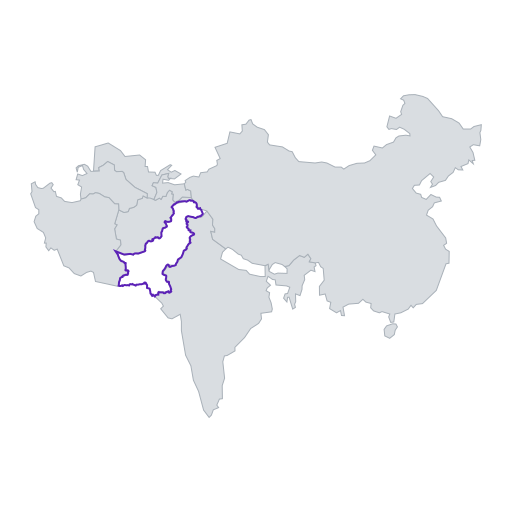 Pakistan and the surrounding countries
{"feature_id": "PAK", "entity_name": "Pakistan", "entity_type": "country or territory", "adm_level": 0, "iso_a3": "PAK", "parent_name": "Asia", "parent_adm1": "", "projection": "equal_earth", "projection_center": [69.806, 30.395], "detail": "fine", "context": "with_neighbors", "style": "outline", "palette": "violet", "viewbox_px": 512, "rotation_deg": 0, "n_neighbors": 7, "source": "natural_earth", "source_scale": "50m", "svg_char_len": 13412}
<svg xmlns="http://www.w3.org/2000/svg" viewBox="0 0 512 512"><path d="M93.5,171.1L95.1,146.8L108.2,143.0L120.5,150.6L125.0,156.5L139.6,155.0L145.6,159.8L145.1,166.5L147.5,166.5L148.5,172.0L155.0,172.2L156.4,175.4L158.3,175.4L160.6,170.6L170.2,164.7L171.7,165.3L167.5,169.7L171.2,172.2L174.9,170.5L181.0,174.0L174.5,178.9L168.4,178.4L167.7,176.5L168.7,173.4L161.9,175.0L157.7,183.1L153.4,182.7L152.1,185.7L155.9,187.4L156.9,192.5L153.9,199.5L147.1,198.0L147.3,193.7L135.0,187.4L126.0,179.5L123.7,172.6L122.1,171.4L116.5,171.7L114.6,170.3L114.3,165.0L107.7,161.5L103.2,165.3L98.7,167.6L99.3,171.0L93.5,171.1Z" fill="#d9dde1" stroke="#a8b0b8" stroke-width="1"/><path d="M315.3,262.9L316.0,265.7L314.1,267.0L315.0,271.6L310.9,270.2L304.2,275.3L304.7,279.6L302.1,285.8L302.0,289.4L300.0,295.6L295.5,293.9L295.7,301.6L294.6,304.2L295.4,307.4L292.7,309.1L289.1,297.2L287.6,297.3L286.9,302.0L283.6,298.2L285.1,293.9L287.6,293.5L289.8,287.2L286.5,285.9L276.0,285.0L275.2,279.8L272.6,279.5L268.0,276.3L266.3,281.3L270.5,285.2L267.2,288.0L266.1,290.7L269.6,292.7L268.9,297.2L271.1,302.8L272.3,309.0L271.6,311.8L260.9,313.3L261.5,318.9L258.6,323.4L250.7,328.5L244.6,337.5L234.9,347.3L235.0,350.9L227.1,355.5L224.4,355.9L222.8,361.8L224.6,378.2L222.2,385.6L222.4,398.7L219.4,399.1L216.8,405.1L218.6,407.6L213.3,409.8L211.4,415.1L209.1,417.4L203.6,410.1L198.6,391.4L193.4,380.2L190.9,365.8L185.6,355.2L181.4,330.6L181.4,321.4L180.2,314.3L172.0,318.8L168.1,317.9L160.7,308.8L163.4,306.1L161.8,303.1L155.2,296.8L159.0,291.8L171.2,291.8L170.1,285.4L167.0,281.6L166.3,275.9L162.7,272.6L168.8,264.9L175.2,265.5L180.8,257.8L184.2,250.4L189.3,243.1L189.2,238.0L193.7,233.8L189.3,230.3L185.3,219.3L187.9,216.2L196.0,217.9L201.9,216.9L206.9,211.0L212.9,219.2L212.5,225.0L214.8,228.7L214.7,232.3L210.8,231.4L212.6,239.3L225.8,248.9L222.5,252.2L220.6,259.0L238.7,269.5L246.2,270.4L249.6,274.2L260.6,276.6L265.2,276.5L265.0,265.7L268.2,264.2L269.2,271.4L274.4,274.2L277.8,273.1L287.0,273.4L287.1,268.8L284.7,266.5L289.0,265.6L293.6,260.1L299.6,255.5L304.3,257.3L307.9,254.2L310.9,258.7L309.3,261.8L315.3,262.9Z" fill="#d9dde1" stroke="#a8b0b8" stroke-width="1"/><path d="M147.1,198.0L150.0,198.0L155.5,200.3L159.4,198.1L161.1,199.4L162.8,196.3L165.9,196.4L167.3,192.6L169.5,190.2L172.4,191.8L171.8,193.9L173.4,194.2L172.9,200.0L175.0,202.3L179.2,200.1L182.4,197.0L191.4,197.6L192.4,199.5L175.1,203.9L172.0,206.9L173.9,213.4L171.3,216.3L171.5,219.0L170.1,221.6L165.0,221.4L167.1,226.1L163.7,227.9L161.4,232.2L161.7,236.5L159.6,238.5L157.6,237.8L153.4,238.8L152.8,240.8L148.8,240.8L145.7,244.9L145.5,251.0L138.3,254.1L134.6,253.4L133.4,255.0L130.2,254.1L124.7,255.2L115.7,251.5L120.8,244.9L120.5,240.2L116.4,239.0L114.6,228.8L117.0,224.9L114.7,223.8L118.8,209.9L124.1,212.5L128.2,211.6L129.4,208.4L133.6,207.4L136.6,205.3L137.8,199.7L142.2,198.4L143.1,195.9L147.1,198.0Z" fill="#d9dde1" stroke="#a8b0b8" stroke-width="1"/><path d="M153.9,199.5L156.9,192.5L155.9,187.4L152.1,185.7L153.4,182.7L157.7,183.1L161.9,175.0L168.7,173.4L167.7,176.5L168.4,178.4L170.5,178.2L168.7,180.3L163.0,179.2L162.6,183.1L168.2,182.6L174.6,184.8L184.3,183.8L185.8,190.1L187.5,189.4L190.7,191.0L191.4,197.6L182.4,197.0L179.2,200.1L175.0,202.3L172.9,200.0L173.4,194.2L171.8,193.9L172.4,191.8L169.5,190.2L167.3,192.6L165.9,196.4L162.8,196.3L161.1,199.4L159.4,198.1L155.5,200.3L153.9,199.5Z" fill="#d9dde1" stroke="#a8b0b8" stroke-width="1"/><path d="M76.1,167.9L78.5,165.7L84.4,164.3L87.7,166.2L90.9,171.4L99.3,171.0L98.7,167.6L103.2,165.3L107.7,161.5L114.3,165.0L114.6,170.3L116.5,171.7L122.1,171.4L123.7,172.6L126.0,179.5L135.0,187.4L147.3,193.7L147.1,198.0L143.1,195.9L142.2,198.4L137.8,199.7L136.6,205.3L133.6,207.4L129.4,208.4L128.2,211.6L124.1,212.5L118.8,209.9L118.6,204.0L114.7,203.8L108.9,197.6L104.8,196.9L99.2,193.4L95.5,192.7L93.1,194.0L89.7,193.8L85.7,197.8L81.0,199.1L80.4,194.2L81.6,187.0L77.8,184.7L79.5,180.1L76.1,179.7L77.7,174.0L82.4,175.6L87.0,173.5L83.6,169.4L82.5,165.6L78.2,167.3L77.3,172.2L76.1,167.9Z" fill="#d9dde1" stroke="#a8b0b8" stroke-width="1"/><path d="M48.7,250.7L45.9,246.9L46.2,243.1L44.4,243.1L45.7,237.9L43.4,232.4L37.2,228.5L34.1,221.7L35.8,216.2L38.8,213.8L38.8,209.7L35.5,207.6L30.7,193.8L32.0,191.6L31.3,183.8L35.1,181.8L35.6,184.4L37.8,187.6L41.3,188.5L43.2,188.3L49.9,183.2L51.8,182.7L53.2,184.7L51.0,188.1L53.9,191.7L55.3,191.4L56.5,196.4L61.3,197.9L64.6,201.4L72.0,202.6L80.4,200.7L81.0,199.1L85.7,197.8L89.7,193.8L93.1,194.0L95.5,192.7L99.2,193.4L104.8,196.9L108.9,197.6L114.7,203.8L118.6,204.0L118.8,209.9L114.7,223.8L117.0,224.9L114.6,228.8L116.4,239.0L120.5,240.2L120.8,244.9L115.7,251.5L120.3,259.7L125.5,262.9L125.5,269.4L128.1,270.6L128.5,274.0L120.4,277.8L118.2,286.4L95.5,281.5L93.5,272.4L90.9,271.1L86.6,272.4L80.9,276.0L74.3,273.6L69.0,267.9L63.8,265.8L57.2,249.1L54.2,250.3L50.9,247.9L48.7,250.7Z" fill="#d9dde1" stroke="#a8b0b8" stroke-width="1"/><path d="M389.7,338.3L384.8,335.9L384.1,329.4L386.6,325.9L392.6,323.8L395.9,324.0L397.4,326.9L395.2,330.2L394.3,334.6L389.7,338.3ZM217.4,164.1L216.8,160.4L220.2,158.6L215.0,147.3L227.2,143.3L229.9,131.9L239.8,133.9L242.3,131.1L241.9,124.8L245.9,124.2L249.1,120.1L251.0,119.6L252.7,123.9L257.2,127.2L264.4,129.6L268.4,134.7L267.4,142.1L269.6,144.9L282.4,146.9L289.0,151.0L292.2,151.7L295.3,157.7L298.8,161.6L315.1,163.0L321.7,162.0L326.9,163.0L335.1,167.1L341.2,167.1L343.8,169.1L349.1,165.6L356.9,163.3L364.5,163.0L369.9,160.7L375.8,154.9L372.4,150.3L374.0,146.1L382.4,148.0L386.5,144.6L393.5,142.1L396.0,137.8L398.9,136.0L405.9,135.2L410.0,135.9L409.8,133.6L404.1,129.2L399.6,127.2L396.5,129.5L391.4,128.6L388.9,129.4L386.9,126.8L389.6,116.0L396.0,118.3L401.6,114.4L400.7,111.7L402.9,105.3L404.9,103.4L403.7,100.2L400.6,98.8L403.5,95.8L408.9,94.8L415.0,94.6L422.7,96.4L427.6,98.5L438.6,110.8L442.6,116.7L451.7,118.7L459.1,123.1L463.2,129.0L470.7,129.0L474.0,126.5L481.3,124.7L480.9,130.3L479.9,132.6L480.8,139.6L479.7,145.8L473.3,144.7L469.8,147.0L473.0,152.5L474.8,160.3L472.2,160.5L473.3,163.8L468.8,159.9L468.0,163.6L461.0,166.5L462.8,170.0L458.3,169.8L455.3,167.7L453.1,172.4L448.4,176.0L445.4,180.4L438.7,182.3L435.6,185.5L430.5,187.4L432.5,184.2L430.8,181.6L433.7,177.0L430.1,173.5L421.6,180.6L419.4,185.0L414.4,185.3L412.4,188.5L416.2,193.1L420.7,194.3L421.6,197.4L426.2,199.4L430.9,194.5L436.2,197.1L439.6,197.3L441.3,201.0L434.3,202.9L432.6,206.7L428.2,210.2L426.5,215.1L433.0,219.0L436.5,225.9L445.7,238.0L446.6,243.3L443.6,245.3L445.6,249.2L449.2,251.4L449.0,263.2L446.0,263.8L436.3,290.4L422.5,303.6L416.3,304.4L413.2,307.8L411.0,305.3L408.2,309.1L400.8,312.8L394.9,314.0L393.8,322.0L390.7,322.4L388.7,316.9L389.8,314.0L382.0,311.6L379.4,312.8L373.6,310.9L370.7,307.8L371.1,303.5L365.9,302.1L362.9,299.3L358.5,303.3L348.7,304.1L343.0,307.1L344.5,315.7L341.5,315.5L340.5,310.6L336.5,312.8L329.6,308.6L330.8,302.3L327.1,300.9L325.2,294.0L319.5,295.2L319.4,286.4L324.2,280.2L323.2,268.4L320.7,266.7L318.5,262.4L315.3,262.9L309.3,261.8L310.9,258.7L307.9,254.2L304.3,257.3L299.6,255.5L293.6,260.1L289.0,265.6L284.7,266.5L282.1,264.5L275.2,262.6L272.3,264.5L269.0,270.0L268.2,264.2L265.0,265.7L252.2,263.3L247.6,260.1L243.3,258.7L241.3,255.2L238.2,254.1L232.5,249.4L228.0,247.2L225.8,248.9L212.6,239.3L210.8,231.4L214.7,232.3L214.8,228.7L212.5,225.0L212.9,219.2L206.9,211.0L198.1,208.1L196.4,202.8L192.4,199.5L191.4,197.6L190.7,191.0L187.5,189.4L185.8,190.1L184.3,183.8L185.8,182.2L185.1,180.6L189.9,177.4L193.4,176.1L198.9,177.0L200.7,172.7L207.2,171.9L208.9,169.2L216.8,165.6L217.4,164.1Z" fill="#d9dde1" stroke="#a8b0b8" stroke-width="1"/><path d="M201.2,209.8L202.8,213.7L202.5,214.5L202.0,214.9L201.4,215.2L201.3,215.3L201.2,215.5L201.0,216.0L200.4,216.3L200.0,216.3L199.7,216.2L198.2,216.8L197.5,216.8L197.0,217.2L196.6,217.6L195.8,218.0L195.2,218.0L194.4,217.7L193.4,217.3L193.0,217.0L192.6,217.0L191.7,216.9L189.8,216.5L188.2,216.1L186.4,216.9L185.9,218.1L185.7,218.5L185.6,218.8L185.7,219.2L186.3,219.5L186.5,219.8L186.6,220.2L186.2,220.8L186.2,221.0L186.3,221.2L186.4,221.4L187.3,221.5L187.8,221.5L188.0,221.6L188.1,221.9L187.9,222.3L187.1,222.7L186.7,223.0L186.6,223.5L186.6,223.9L186.8,224.1L187.5,224.7L187.6,225.0L187.5,225.4L187.4,225.9L186.8,226.9L186.7,227.0L186.8,227.3L187.5,228.1L188.0,228.5L188.3,228.6L188.5,228.7L188.6,229.1L188.6,229.6L188.5,230.0L188.8,230.3L189.4,230.3L190.0,230.4L190.4,230.4L190.3,231.4L190.4,232.1L190.6,232.2L191.1,232.5L192.2,232.5L193.5,233.1L193.9,233.5L194.1,233.8L194.1,234.2L193.7,234.8L192.7,235.1L190.9,236.1L190.4,236.6L190.0,237.1L189.8,237.5L189.7,237.8L190.1,239.2L190.2,239.6L189.8,241.6L190.0,242.0L190.3,242.2L190.5,242.7L189.8,243.3L189.1,243.7L188.9,243.7L188.2,244.6L187.1,246.5L186.6,247.1L186.5,247.7L186.7,248.2L186.8,248.6L186.5,249.0L186.1,249.5L185.3,250.0L184.3,250.4L183.8,250.7L183.0,253.5L182.5,254.8L181.5,256.9L181.3,257.3L178.2,259.3L177.9,259.7L177.3,261.7L177.1,262.3L176.1,263.5L175.8,264.5L175.7,265.1L173.9,265.8L172.5,265.9L171.9,266.1L170.2,266.9L169.8,266.9L169.4,266.8L169.2,266.5L169.0,266.0L168.8,265.3L168.5,264.9L168.1,264.6L167.6,264.6L167.1,265.0L166.7,265.3L166.2,265.9L165.7,267.1L164.8,268.7L163.9,269.9L163.3,270.5L163.0,270.9L162.8,271.3L162.6,272.5L162.5,273.6L162.5,273.9L162.7,274.1L163.9,274.9L164.9,275.2L165.7,275.3L166.0,275.5L166.2,275.8L166.3,276.1L166.1,278.0L165.8,279.0L165.8,279.6L165.9,280.2L166.9,281.7L167.2,281.9L167.9,281.9L168.2,281.9L168.6,281.7L168.8,281.8L169.0,282.0L169.0,282.3L169.0,283.8L169.3,284.5L169.8,285.5L170.3,286.5L170.7,287.8L171.1,288.8L171.2,289.3L171.0,289.6L170.8,289.8L170.8,290.2L170.9,290.5L170.8,290.8L171.0,291.1L171.2,291.5L170.9,291.8L170.6,291.7L170.3,291.9L169.9,292.5L169.7,292.6L169.4,292.7L169.1,292.6L168.6,292.4L168.5,292.0L168.5,291.6L168.4,291.3L168.1,291.4L167.0,291.8L165.9,292.3L165.5,293.0L165.0,293.2L164.3,293.2L163.8,293.2L162.9,292.4L160.5,292.4L160.1,292.3L159.7,292.4L159.3,292.3L159.1,292.5L158.9,292.5L158.7,292.1L158.4,292.3L158.3,292.5L158.3,294.7L157.0,294.7L155.8,295.0L155.2,295.5L155.1,296.0L154.9,296.3L154.6,295.8L154.4,295.6L154.2,295.7L153.5,295.2L153.2,295.7L152.4,295.9L152.3,295.4L152.3,295.0L151.8,295.3L151.5,294.9L151.3,294.3L151.1,294.0L150.7,293.8L150.4,293.1L150.4,292.5L150.3,291.7L149.7,288.8L149.3,288.5L147.1,288.0L147.0,287.5L147.1,286.2L147.1,285.3L146.4,284.2L146.2,283.4L145.6,282.7L145.0,282.5L144.4,282.6L144.1,282.9L143.9,283.3L145.2,283.2L145.5,283.4L145.8,283.7L145.4,283.7L145.0,283.5L144.5,283.5L142.6,283.9L141.4,284.3L139.9,284.2L138.0,284.7L136.4,284.7L135.7,285.6L135.4,285.5L135.1,285.2L132.9,284.5L132.8,284.2L132.4,284.0L132.0,284.4L131.7,284.4L130.5,284.1L129.6,284.4L129.3,284.8L129.2,285.4L128.1,285.3L127.5,285.1L126.6,285.3L124.7,285.0L124.2,285.1L123.4,285.5L123.1,285.9L122.7,286.0L122.3,285.5L122.1,285.3L121.8,285.5L121.5,285.8L120.4,286.0L119.5,286.0L118.6,285.6L118.8,284.9L119.0,282.6L119.2,281.8L119.2,281.4L119.6,280.9L119.7,280.7L120.1,278.3L120.3,277.9L121.6,277.2L121.9,276.8L122.5,276.9L122.6,276.4L122.9,275.9L123.3,275.5L123.6,275.4L124.7,275.2L125.4,274.8L125.6,274.8L127.2,274.9L127.6,274.8L127.7,274.6L127.8,273.4L128.1,273.2L128.1,272.2L128.1,271.6L128.5,271.3L128.5,271.1L128.2,270.6L127.9,270.4L127.7,270.3L126.4,270.6L125.8,270.5L125.5,270.3L125.5,270.2L125.5,269.5L125.8,268.9L125.8,268.5L125.7,266.3L125.5,264.8L125.7,263.3L125.6,263.0L125.4,263.0L124.6,263.1L123.9,262.1L123.5,261.8L122.2,261.3L121.7,261.2L120.9,260.8L119.5,259.0L119.2,258.4L118.9,257.5L118.1,255.6L118.1,255.1L118.0,254.8L115.5,251.2L123.7,254.4L124.3,254.5L130.3,253.9L132.5,254.4L133.2,254.6L133.6,254.1L134.1,253.8L134.8,253.5L135.5,253.4L137.2,253.4L137.7,253.5L138.6,253.4L144.5,251.4L144.8,251.2L145.2,250.8L145.3,250.4L144.9,249.9L144.9,249.4L145.1,248.8L145.3,247.9L145.3,246.6L145.2,245.8L145.6,244.4L145.8,243.6L146.8,243.0L146.9,242.8L147.1,242.6L147.7,241.6L148.2,241.1L148.7,240.8L149.3,240.8L149.8,241.2L150.7,241.4L151.6,241.3L152.4,241.0L152.7,240.7L153.1,240.5L153.1,240.2L152.6,240.0L152.4,239.7L152.3,239.3L152.5,239.1L153.2,239.0L154.7,238.1L155.3,237.5L155.4,237.2L155.7,237.2L156.3,237.4L157.0,237.5L157.4,237.3L157.8,237.2L158.2,237.5L158.4,237.9L158.8,238.3L159.3,238.4L159.8,238.2L160.4,237.7L161.5,236.2L161.3,232.7L161.5,232.0L161.9,231.6L162.2,230.9L162.2,230.3L162.4,229.8L162.7,228.5L163.0,228.2L163.8,227.9L164.9,227.8L166.8,226.6L166.9,226.0L166.5,225.4L166.1,224.2L165.7,223.5L164.6,222.2L164.8,221.5L165.3,221.1L166.7,221.7L167.1,221.8L167.6,221.9L168.8,221.9L169.9,221.6L171.0,221.2L171.2,220.7L171.2,218.9L170.8,218.5L170.6,218.1L170.5,217.8L170.8,217.6L171.0,217.3L171.3,216.7L171.9,216.0L172.2,215.4L173.1,214.7L173.4,214.1L173.6,213.7L173.8,213.4L173.9,213.2L173.5,212.4L173.5,212.1L173.8,211.6L173.7,210.6L173.4,210.3L173.2,209.4L172.9,208.6L172.7,208.3L172.4,207.9L171.8,207.4L171.6,207.1L171.9,206.6L172.3,206.2L173.1,205.4L173.5,204.8L173.9,204.4L174.4,204.5L174.7,204.4L174.9,204.0L175.5,203.7L176.4,203.0L176.7,202.5L177.2,202.3L177.6,202.3L178.1,202.1L179.1,201.7L181.1,201.5L181.7,201.4L185.1,201.2L186.4,201.7L186.6,201.7L187.4,201.2L189.2,200.3L189.5,200.2L190.0,200.2L190.4,200.4L191.0,200.8L191.9,200.6L192.4,200.7L193.4,201.1L193.6,201.3L193.9,202.3L194.1,202.4L194.7,202.1L195.1,202.3L195.7,202.6L196.1,202.9L196.3,203.2L196.6,203.8L196.8,204.8L196.8,206.3L196.7,206.5L196.5,206.8L196.6,207.1L196.7,207.3L197.4,207.6L197.6,207.8L197.8,208.6L198.0,208.8L198.4,208.8L199.1,208.6L199.7,208.3L200.0,208.2L200.1,209.0L200.4,209.3L201.2,209.8Z" fill="none" stroke="#5b21b6" stroke-width="2"/></svg>